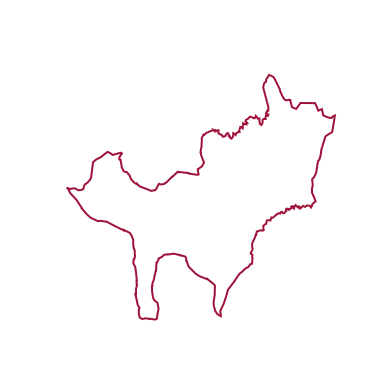 outline of Klay, Bomi, Liberia, rotated 20°
{"feature_id": "62588387B44236806524966", "entity_name": "Klay", "entity_type": "district", "adm_level": 2, "iso_a3": "LBR", "parent_name": "Liberia", "parent_adm1": "Bomi", "projection": "equal_earth", "projection_center": [-10.826, 6.705], "detail": "fine", "context": "isolated", "style": "outline", "palette": "rose", "viewbox_px": 384, "rotation_deg": 20, "n_neighbors": 0, "source": "geoboundaries", "source_scale": "gbopen_adm2", "svg_char_len": 5699}
<svg xmlns="http://www.w3.org/2000/svg" viewBox="0 0 384 384"><g transform="rotate(20 192 192)"><path d="M252.8,71.9L252.1,72.0L249.0,73.7L247.0,73.3L244.1,71.0L240.2,66.9L239.2,65.2L235.9,62.2L233.4,59.7L229.6,56.3L227.6,55.8L224.3,55.6L224.2,55.9L224.2,56.3L224.1,56.9L224.1,57.2L223.9,58.1L223.6,59.2L223.4,59.7L223.3,60.2L223.3,60.4L223.3,60.8L223.3,61.1L223.3,61.5L223.4,61.8L223.6,62.1L223.8,62.4L223.8,62.6L223.8,63.0L223.7,63.3L223.5,63.6L223.3,63.8L223.2,63.9L223.0,64.1L222.9,64.3L222.8,64.5L222.7,65.1L222.7,66.2L222.8,66.7L222.9,67.3L223.0,68.3L223.0,69.2L228.5,77.1L230.1,79.4L234.7,86.1L235.3,87.9L235.4,88.3L235.0,90.2L235.6,90.1L234.8,91.9L234.5,92.7L235.1,93.4L237.3,93.1L237.3,94.5L235.4,95.3L235.5,96.7L236.2,98.2L234.5,98.8L233.6,100.3L234.7,102.8L234.2,105.3L232.7,104.9L231.2,102.7L230.2,99.8L228.6,100.6L227.2,99.3L225.9,98.6L226.0,99.8L225.8,101.1L224.9,101.6L223.5,101.2L220.7,101.4L219.5,104.1L217.9,106.0L218.0,107.2L220.3,108.3L219.4,108.9L220.0,109.9L218.7,110.2L216.8,110.1L216.6,110.0L217.0,112.1L217.9,114.5L217.9,114.9L216.2,114.2L215.5,114.5L215.2,114.4L215.3,116.4L215.4,118.9L216.0,119.3L214.6,120.2L213.5,121.6L213.5,123.5L212.4,123.0L210.7,122.6L211.6,125.8L210.9,128.3L209.9,128.4L208.2,126.4L207.5,127.0L206.5,125.2L205.8,124.4L204.9,124.8L204.2,126.2L204.2,128.0L202.9,129.2L201.8,129.5L200.9,128.3L199.0,128.2L196.6,127.7L196.2,126.2L195.8,124.9L194.5,125.5L193.6,126.8L193.2,126.5L193.2,126.9L192.7,127.3L192.2,126.8L191.8,126.2L190.7,126.2L191.0,126.5L187.5,129.4L185.3,131.5L184.0,134.2L183.2,134.1L182.7,137.7L183.8,141.0L185.1,145.1L185.4,146.0L186.1,150.7L186.9,151.9L186.6,152.2L188.5,154.9L188.8,155.2L189.8,156.4L193.2,160.2L192.6,164.5L191.0,166.8L189.6,168.8L192.2,173.3L191.7,173.6L190.9,174.1L182.7,175.8L182.5,175.3L176.8,176.7L172.8,177.7L171.5,177.9L171.4,178.2L171.5,178.4L171.3,178.4L168.5,184.3L168.1,184.3L167.2,186.3L166.9,186.9L164.9,191.3L162.9,194.1L160.1,195.6L158.0,195.7L157.5,200.5L156.8,202.9L155.6,203.5L153.4,204.9L143.2,204.6L143.0,204.8L140.3,204.4L137.4,203.0L137.4,203.5L134.6,203.0L130.4,200.9L127.6,197.7L125.3,196.4L124.1,195.7L121.5,195.9L120.8,196.0L117.4,192.6L116.8,191.5L114.7,187.7L113.9,186.2L113.1,186.4L112.3,185.9L112.3,185.5L112.1,184.9L111.9,183.7L113.0,179.8L112.5,179.6L112.2,179.5L111.8,179.4L110.6,180.2L104.6,184.4L103.1,183.7L100.8,183.3L98.9,183.3L97.4,185.5L97.0,186.1L96.8,186.5L94.4,190.5L93.5,191.4L90.8,194.3L88.9,197.7L88.9,197.9L89.6,201.3L92.2,212.8L92.0,215.5L91.2,217.3L90.7,218.8L90.5,219.0L89.7,220.4L88.8,221.2L88.5,223.5L88.9,226.3L88.5,227.0L86.7,228.2L85.5,228.8L84.7,229.2L82.7,228.9L80.9,228.7L80.1,228.9L79.0,229.2L76.6,230.8L73.7,230.9L72.7,230.9L75.0,231.7L77.6,234.5L86.0,238.8L93.9,244.7L93.8,245.0L100.8,248.9L105.4,250.8L113.8,251.6L115.0,250.6L115.4,250.5L122.2,249.1L129.9,250.2L140.6,251.4L141.0,251.5L140.8,250.9L147.6,251.7L150.2,253.7L153.2,257.2L154.1,259.9L156.2,264.5L156.6,264.5L158.4,267.0L159.1,269.1L160.4,271.8L160.7,275.1L160.2,275.2L161.2,279.1L162.3,280.0L164.3,281.9L166.7,286.4L166.8,286.4L169.1,291.3L169.7,292.5L170.3,293.7L170.5,294.1L170.2,294.3L170.6,295.2L171.6,297.7L172.0,297.7L172.5,302.0L174.3,307.1L173.6,307.3L174.5,308.6L175.7,310.4L178.2,314.4L179.8,316.9L181.5,318.2L182.2,318.7L182.1,320.2L182.6,321.6L183.9,325.1L185.9,327.9L188.6,328.4L191.6,326.5L195.4,325.9L195.4,325.6L201.2,324.4L202.3,323.0L201.4,318.9L200.6,313.4L198.8,310.1L197.1,307.6L195.4,307.3L192.9,306.2L191.3,304.2L188.6,299.3L186.6,294.3L187.0,293.8L186.2,292.2L186.0,290.0L186.2,287.9L185.5,283.8L185.4,282.7L184.9,278.2L185.1,278.2L182.9,270.9L183.2,270.9L183.6,267.0L183.8,265.8L183.6,265.7L186.0,263.2L186.8,261.5L187.3,260.5L190.6,258.8L190.8,259.0L195.9,256.2L200.7,255.6L202.8,255.6L202.7,255.3L203.2,255.3L205.9,255.1L207.7,255.0L209.0,256.0L210.1,258.6L210.5,258.4L212.7,261.4L214.8,263.5L219.5,265.7L223.4,267.5L227.4,268.5L236.2,268.8L236.2,268.4L238.5,269.3L242.7,270.7L245.5,272.0L246.8,276.0L248.4,280.4L250.0,288.3L250.4,289.2L251.2,291.1L254.6,295.9L257.8,298.2L261.6,298.8L261.4,298.3L259.2,294.1L259.4,292.4L260.0,285.9L259.7,277.2L259.7,276.6L259.2,271.6L262.5,261.0L262.6,260.5L263.3,257.6L264.5,252.7L266.0,250.5L267.9,246.5L268.1,246.0L270.5,243.2L271.7,239.7L271.9,239.7L273.0,238.8L272.9,238.5L271.4,233.4L271.0,233.1L270.3,230.4L268.4,229.9L268.0,229.0L268.5,226.3L268.5,225.0L267.3,223.0L266.1,219.8L266.7,213.6L266.5,210.3L267.0,210.2L266.4,207.0L268.8,205.2L269.9,204.3L271.4,204.2L272.4,203.5L271.4,201.4L270.6,199.4L271.6,197.7L272.6,196.4L272.1,193.9L272.3,192.9L274.3,192.0L275.1,192.0L275.4,192.0L275.3,188.8L276.1,188.8L276.7,188.5L277.9,186.4L279.2,184.5L279.4,183.5L280.2,183.0L281.0,182.2L282.2,182.2L282.3,181.8L282.3,180.8L283.2,179.8L284.8,180.8L285.8,180.2L286.9,178.0L286.7,177.9L286.3,176.1L286.7,175.2L287.5,175.1L288.5,175.8L289.0,174.8L289.7,175.1L290.4,173.6L291.8,172.4L290.4,171.7L291.7,170.8L293.4,172.4L293.4,170.5L293.9,168.9L296.8,170.2L298.5,170.5L297.8,169.2L299.8,169.6L301.1,167.1L303.3,167.3L304.9,165.2L307.5,164.7L309.1,165.8L309.3,164.7L309.5,164.0L309.2,162.8L309.8,161.1L311.3,158.6L308.8,155.5L305.1,151.7L303.6,148.0L303.5,146.8L303.1,144.4L302.0,141.9L300.5,139.0L301.7,136.1L302.0,133.2L301.8,129.5L300.5,123.7L299.9,119.3L300.6,118.3L300.4,114.6L300.0,111.9L299.1,108.3L298.8,102.2L298.5,96.1L298.4,94.3L298.8,93.3L301.2,90.3L303.2,87.8L302.4,83.3L301.1,76.0L301.0,75.9L300.1,71.3L298.3,73.1L297.9,74.3L297.8,74.7L296.3,75.1L295.0,75.4L294.1,75.4L292.2,75.3L289.2,75.1L286.8,71.4L285.7,69.7L284.4,70.9L282.9,72.4L281.2,70.5L277.3,66.4L275.5,67.0L275.1,67.2L272.9,67.9L272.5,68.1L263.5,71.2L261.5,78.3L256.9,78.0L256.0,76.6L252.9,72.3L252.8,71.9Z" fill="none" stroke="#9f1239" stroke-width="2"/></g></svg>